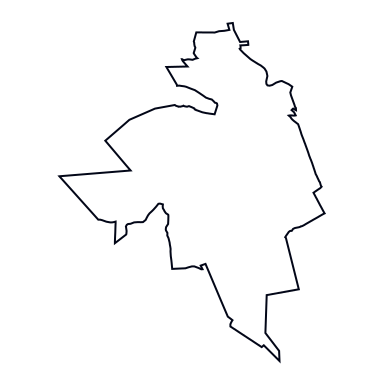 the district of Santa María Atzompa, Oaxaca, Mexico
{"feature_id": "50627088B80328221498252", "entity_name": "Santa María Atzompa", "entity_type": "district", "adm_level": 2, "iso_a3": "MEX", "parent_name": "Mexico", "parent_adm1": "Oaxaca", "projection": "mercator", "projection_center": [-96.781, 17.085], "detail": "fine", "context": "isolated", "style": "outline", "palette": "ink", "viewbox_px": 384, "rotation_deg": 0, "n_neighbors": 0, "source": "geoboundaries", "source_scale": "gbopen_adm2", "svg_char_len": 4823}
<svg xmlns="http://www.w3.org/2000/svg" viewBox="0 0 384 384"><path d="M248.0,41.3L240.1,42.0L233.9,29.9L232.8,23.0L227.6,23.7L229.4,29.9L224.4,30.8L219.1,31.2L214.8,32.5L213.4,32.5L196.3,32.4L193.8,41.5L194.2,42.6L194.2,42.8L194.3,44.2L194.6,45.9L194.7,46.3L195.3,47.4L195.3,47.9L193.7,53.1L194.0,53.7L195.1,55.4L196.1,56.8L196.9,57.9L197.3,58.2L196.6,58.4L195.7,58.5L193.8,59.3L193.1,59.6L192.7,59.8L191.7,59.7L189.7,59.4L189.1,59.4L188.0,59.3L186.5,59.6L185.7,59.8L184.5,60.1L184.1,60.1L183.8,60.1L183.1,59.8L182.1,59.2L181.9,59.2L182.1,59.7L182.2,59.8L182.2,60.0L182.5,60.5L182.8,61.1L187.5,66.5L183.6,66.6L166.4,67.0L176.9,84.8L177.0,85.8L179.2,85.6L181.7,86.0L184.2,86.3L186.2,86.8L189.4,88.1L193.1,89.5L194.8,90.1L196.5,91.2L199.3,93.0L200.9,94.1L202.7,95.3L204.4,96.5L205.9,97.6L209.1,98.8L211.8,99.5L213.8,101.4L214.9,102.7L216.0,102.9L217.0,103.5L217.4,105.5L214.6,114.3L212.5,114.0L212.4,114.0L209.5,113.6L209.3,113.6L207.8,113.3L206.7,113.2L202.4,112.3L196.6,110.2L196.3,110.2L195.9,110.0L195.6,109.6L194.7,109.4L194.3,108.4L191.5,107.1L190.2,106.6L189.0,106.1L187.1,106.7L186.2,106.6L184.3,106.2L184.2,106.1L183.4,105.7L183.1,106.0L180.1,106.7L178.8,106.5L178.6,106.7L175.8,105.7L174.8,105.0L155.0,108.6L129.4,119.8L124.4,124.2L105.3,140.7L123.5,162.2L125.7,164.8L130.6,170.5L60.2,176.2L59.4,176.3L98.3,219.7L100.3,219.7L102.2,220.2L106.4,221.7L110.2,222.4L112.1,222.4L113.8,222.1L115.6,221.6L115.6,223.2L115.5,225.5L115.4,228.6L115.3,232.1L115.1,236.5L114.9,241.8L114.9,243.2L126.2,234.5L126.4,233.5L126.6,231.0L126.3,229.0L126.1,227.5L125.9,226.5L126.8,224.8L128.1,224.0L130.5,223.8L134.1,222.4L138.0,222.1L140.8,222.2L143.0,222.1L145.7,219.9L146.6,218.0L148.0,215.4L149.5,213.4L152.0,211.1L153.5,209.6L156.1,206.7L158.4,203.8L160.0,203.6L162.9,204.4L162.7,206.3L162.9,208.3L163.8,209.8L164.1,210.2L164.5,211.2L165.2,212.2L165.9,213.2L168.2,214.7L168.4,215.9L168.3,220.0L168.1,224.0L166.1,227.1L165.9,228.1L165.8,229.7L166.0,230.5L167.4,232.9L167.3,235.6L168.5,238.1L169.6,242.5L169.9,244.8L170.3,246.9L170.6,248.9L170.5,251.4L170.6,253.1L170.8,256.2L171.3,259.8L171.6,262.5L172.2,268.9L178.4,268.6L185.4,268.3L188.5,267.3L191.9,266.4L194.3,266.4L198.6,268.0L201.3,269.3L202.5,269.2L200.7,265.6L205.5,263.9L220.9,300.4L227.8,316.6L231.9,319.7L232.5,320.2L231.7,321.4L231.0,322.8L230.4,324.2L230.4,326.5L261.7,347.1L263.8,345.3L279.5,361.0L279.1,350.9L268.0,336.4L265.4,333.0L266.7,295.1L298.8,289.3L292.4,263.8L285.9,237.9L285.2,237.2L286.4,235.3L286.9,234.6L288.1,232.9L288.7,232.0L289.7,231.2L290.3,230.9L290.7,230.9L291.3,230.9L291.7,230.9L292.2,230.2L292.8,229.3L293.1,228.9L294.3,228.3L295.0,228.0L299.1,227.2L300.7,226.6L300.8,226.4L301.8,226.2L302.6,225.9L303.3,225.5L304.5,224.9L305.2,224.4L308.5,222.5L311.1,221.0L312.2,220.4L313.0,219.9L314.8,218.9L315.0,218.8L318.7,216.7L319.1,216.4L320.2,215.8L321.2,215.2L323.5,213.9L324.6,213.4L324.2,212.8L324.0,212.4L323.6,211.6L323.3,211.1L322.6,209.8L321.9,208.5L321.6,207.9L321.2,207.2L320.7,206.3L320.5,205.9L319.8,204.7L319.3,203.6L319.1,203.3L318.5,202.1L318.3,201.8L317.8,200.8L317.7,200.6L317.5,200.3L317.0,199.2L315.9,197.3L315.1,195.7L314.7,195.0L313.6,192.9L313.5,192.7L318.0,189.6L320.0,188.3L320.6,187.8L321.2,187.1L321.6,186.7L321.0,185.9L320.5,184.4L320.0,182.5L319.8,182.0L319.6,181.9L319.0,181.0L318.8,180.5L318.7,180.2L317.7,178.1L317.4,177.5L317.1,176.8L317.1,176.7L316.7,175.9L315.9,174.4L315.7,174.1L315.5,173.5L315.3,172.7L314.9,171.5L314.2,169.3L313.8,168.2L313.6,167.6L313.4,166.9L313.1,166.0L312.7,164.9L312.2,163.3L311.4,161.2L310.8,159.6L310.4,158.8L310.0,157.7L309.8,157.1L309.5,156.5L309.4,156.2L308.9,154.7L308.6,153.7L308.0,151.9L307.0,149.1L306.3,147.2L306.0,146.3L305.7,145.6L305.1,143.8L304.9,143.3L304.7,142.9L303.9,140.7L303.3,139.0L302.8,137.8L301.9,135.5L301.7,135.0L301.5,134.4L301.3,133.8L300.9,132.4L300.4,130.8L300.2,130.3L299.7,128.7L299.2,127.3L299.0,126.6L298.6,125.6L298.4,125.0L298.3,124.7L298.1,124.2L297.8,123.9L296.9,123.3L295.7,122.3L294.2,121.2L292.8,120.0L292.2,119.4L292.0,119.2L291.7,118.9L291.2,118.2L290.4,117.0L289.7,116.3L289.1,115.9L288.8,115.6L289.3,115.5L290.1,115.4L291.0,115.4L291.5,115.4L292.5,115.5L293.6,115.6L294.4,115.6L295.3,115.5L295.7,115.4L294.7,113.5L294.1,112.3L293.4,111.7L293.1,111.4L291.6,110.1L292.2,109.5L292.6,109.0L292.7,108.9L292.9,108.7L293.2,108.6L293.4,108.6L293.7,108.8L294.5,109.4L295.2,109.8L296.0,110.2L295.9,108.0L295.0,106.8L294.5,105.0L291.0,95.4L290.3,92.5L292.3,86.7L288.5,84.1L286.5,83.2L281.9,81.0L280.4,81.2L276.2,82.6L272.3,85.0L269.6,85.7L267.5,85.4L266.4,83.9L266.2,81.4L267.4,76.0L266.5,71.8L266.4,71.5L264.6,68.6L263.5,67.6L260.8,65.5L257.9,63.9L252.2,60.3L250.3,59.0L246.9,56.0L243.7,53.2L241.2,50.6L240.4,49.8L239.7,48.8L240.6,48.2L240.5,45.7L240.4,45.4L244.4,45.2L248.3,44.9L248.3,44.3L248.0,41.3Z" fill="none" stroke="#020617" stroke-width="2"/></svg>